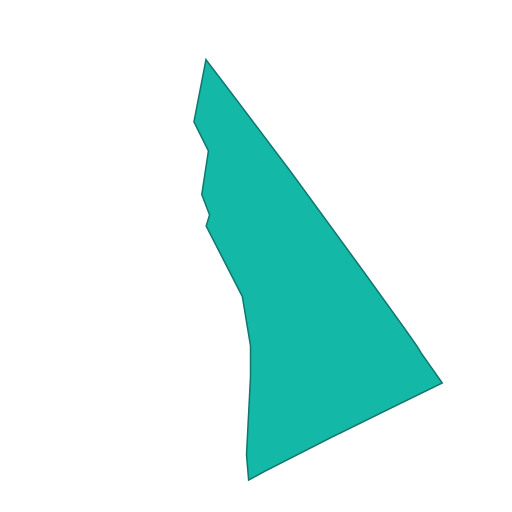 Dade, Georgia, United States of America, rotated 153°
{"feature_id": "52423323B39037255369745", "entity_name": "Dade", "entity_type": "district", "adm_level": 2, "iso_a3": "USA", "parent_name": "United States of America", "parent_adm1": "Georgia", "projection": "orthographic", "projection_center": [-85.505, 34.804], "detail": "fine", "context": "isolated", "style": "filled", "palette": "teal", "viewbox_px": 512, "rotation_deg": 153, "n_neighbors": 0, "source": "geoboundaries", "source_scale": "gbopen_adm2", "svg_char_len": 474}
<svg xmlns="http://www.w3.org/2000/svg" viewBox="0 0 512 512"><g transform="rotate(153 256 256)"><path d="M265.4,60.1L194.9,59.1L147.7,58.3L152.9,94.4L153.4,101.9L156.6,124.5L167.4,194.5L186.8,315.4L194.9,361.1L194.9,361.3L204.9,417.6L211.2,452.3L211.4,453.7L250.4,403.7L250.7,371.2L276.4,335.4L278.7,313.7L286.8,305.3L286.6,226.0L301.7,178.4L315.5,151.3L354.7,83.2L364.3,59.7L345.4,60.2L272.0,60.2L265.4,60.1Z" fill="#14b8a6" stroke="#0f766e" stroke-width="1.5"/></g></svg>